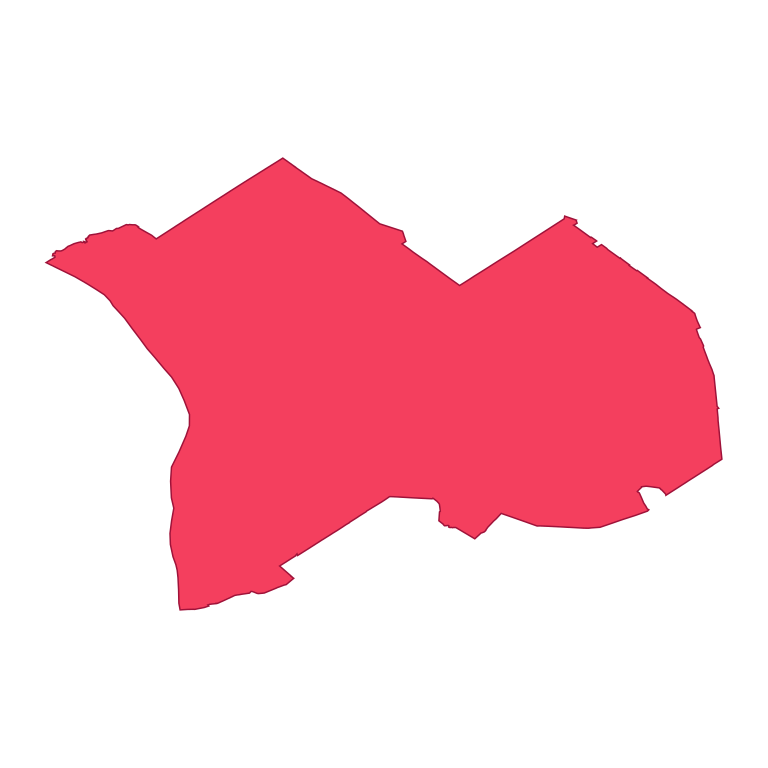 Nīcgales pag., Daugavpils, Latvia (Equal Earth projection)
{"feature_id": "27541924B22704913663351", "entity_name": "Nīcgales pag.", "entity_type": "district", "adm_level": 2, "iso_a3": "LVA", "parent_name": "Latvia", "parent_adm1": "Daugavpils", "projection": "equal_earth", "projection_center": [26.391, 56.15], "detail": "fine", "context": "isolated", "style": "filled", "palette": "rose", "viewbox_px": 768, "rotation_deg": 0, "n_neighbors": 0, "source": "geoboundaries", "source_scale": "gbopen_adm2", "svg_char_len": 5844}
<svg xmlns="http://www.w3.org/2000/svg" viewBox="0 0 768 768"><path d="M721.9,459.2L721.4,454.4L720.7,448.0L719.7,437.2L719.0,429.7L718.5,424.9L718.3,422.5L718.1,421.2L718.0,417.7L717.2,409.3L717.2,409.1L717.3,408.8L718.7,408.3L717.1,406.3L714.1,376.9L714.1,376.6L714.1,376.3L714.0,375.5L713.5,374.2L712.5,371.2L712.1,369.9L712.0,369.6L711.0,367.3L709.3,363.4L708.5,361.3L707.9,359.9L706.5,356.0L705.0,352.1L703.2,347.2L703.6,346.0L703.6,345.9L700.5,339.0L700.0,338.5L699.2,337.5L698.8,336.3L698.1,334.4L696.4,329.5L696.4,329.3L696.6,329.1L700.3,327.6L700.1,327.3L697.2,320.9L696.0,317.5L695.6,316.3L695.0,314.4L694.8,313.6L694.5,313.2L693.1,312.2L691.9,311.3L692.2,311.1L691.7,310.7L687.8,307.7L676.4,299.2L667.8,293.5L661.0,288.4L657.5,285.6L656.3,284.6L647.2,278.1L647.6,277.9L637.3,270.4L636.6,270.7L629.1,265.5L629.6,265.0L621.0,258.6L620.5,258.0L620.4,257.9L619.9,258.3L618.1,257.0L616.1,255.6L613.9,254.0L607.9,249.7L606.5,248.2L601.5,244.6L597.2,247.2L592.6,243.6L596.7,241.0L596.1,240.5L591.3,237.2L591.0,237.1L590.6,237.5L579.9,229.7L573.6,225.2L574.1,225.0L577.1,223.2L576.1,220.3L576.3,220.1L568.4,217.4L564.7,216.1L564.3,218.3L564.2,218.8L546.7,230.1L542.8,232.6L531.1,240.1L514.4,250.9L497.9,261.2L485.2,269.3L479.3,273.0L474.3,276.1L469.0,279.6L459.6,285.5L449.8,278.5L440.1,271.4L429.5,263.6L426.9,261.6L422.4,258.6L413.4,252.3L409.2,249.1L402.0,243.9L405.9,241.4L403.8,235.3L403.3,233.5L402.4,231.2L391.4,227.6L379.7,223.8L373.6,218.9L368.9,215.1L357.9,206.2L353.3,202.6L348.7,198.9L341.0,193.0L325.3,185.3L321.7,183.5L311.6,178.7L301.6,171.6L295.6,167.4L295.8,167.4L295.4,167.0L295.2,167.0L282.8,158.1L268.9,166.8L250.2,178.5L245.1,181.7L230.9,190.7L229.1,191.9L214.9,201.0L197.8,212.0L191.1,216.3L185.8,219.7L179.7,223.7L175.6,226.3L174.6,227.0L156.2,238.9L153.3,236.6L151.7,235.3L150.5,234.6L148.5,233.5L146.5,232.4L143.7,230.8L142.1,229.9L140.0,228.7L138.8,227.8L138.3,227.5L137.9,226.9L137.4,226.1L137.2,226.0L137.3,226.0L136.8,225.7L136.3,225.3L135.6,225.0L135.0,224.8L134.3,224.8L133.6,224.8L132.6,224.8L131.4,224.7L130.2,224.6L129.6,224.5L128.6,224.8L127.9,224.9L126.7,224.6L126.4,224.6L125.7,224.9L118.5,228.3L118.2,228.4L117.0,228.4L116.7,228.4L116.4,228.5L113.5,230.4L112.6,230.9L112.4,230.9L112.0,230.9L109.1,230.6L108.3,230.6L106.2,231.3L101.6,232.9L101.4,233.0L101.1,233.0L96.1,234.1L93.6,234.4L92.4,234.6L90.7,234.9L89.9,235.0L89.6,235.1L89.2,235.6L88.8,235.9L88.6,236.1L88.7,236.3L88.4,236.7L88.3,236.9L88.0,237.0L87.9,237.1L88.0,237.3L87.9,237.6L87.8,237.8L87.1,238.0L86.8,238.4L86.3,238.4L86.2,238.6L86.4,238.9L86.2,239.0L85.9,239.0L86.0,239.2L85.7,239.5L85.7,239.8L85.9,239.9L86.1,240.0L86.5,240.5L86.5,240.8L86.9,241.6L87.1,241.7L87.1,241.8L86.9,241.9L86.7,241.9L86.1,242.0L85.9,242.0L85.8,242.6L85.6,242.8L85.3,242.8L85.1,242.8L84.8,242.8L84.6,242.8L84.4,242.6L84.5,242.3L84.5,242.2L84.9,241.9L84.6,241.7L84.4,241.7L84.1,241.6L84.2,241.8L84.0,242.0L83.8,242.1L83.2,242.2L82.8,242.3L82.6,242.4L82.2,242.6L81.8,242.3L81.6,242.3L81.0,241.9L80.7,241.9L80.6,242.0L80.1,242.1L78.6,242.4L78.2,242.5L76.8,242.9L74.0,243.7L70.2,245.5L68.1,246.3L66.0,248.0L64.9,249.0L63.0,250.1L61.8,250.7L61.0,250.9L60.2,251.0L57.8,250.9L56.7,250.7L55.4,251.5L55.3,253.0L54.4,253.1L53.0,253.7L52.5,255.8L53.2,255.9L54.1,255.7L54.8,255.9L55.0,257.2L53.8,258.0L52.1,259.0L51.0,259.5L46.1,262.6L57.1,268.0L70.4,274.5L75.1,276.8L87.3,283.9L96.3,289.5L104.3,294.7L110.1,300.8L113.1,305.7L118.4,311.4L124.6,318.2L132.5,329.0L139.9,338.7L147.3,348.8L154.7,357.3L164.1,368.6L171.6,377.1L178.8,388.4L184.2,400.5L189.5,414.5L189.4,425.9L185.9,436.2L179.0,452.0L171.5,467.1L170.6,481.2L171.4,497.8L173.8,508.2L171.6,520.7L170.0,533.4L170.4,544.5L173.0,556.7L175.9,564.7L177.2,570.3L178.0,577.7L178.2,581.9L178.6,589.9L178.9,603.3L180.1,609.9L187.7,609.4L193.1,609.3L194.2,609.3L194.6,609.4L204.3,607.5L208.8,606.0L208.3,605.3L208.0,605.0L207.9,604.9L209.7,604.3L212.1,604.0L216.2,603.6L216.1,603.4L217.5,603.3L218.6,602.9L220.5,602.0L222.4,601.2L225.0,600.0L234.8,595.4L235.3,595.3L235.9,595.2L236.3,595.1L237.5,594.9L239.3,594.7L241.9,594.2L245.5,593.7L249.5,593.1L251.0,591.4L252.6,591.6L254.2,592.2L257.1,593.4L258.5,593.6L261.4,593.3L261.7,593.3L264.4,593.0L264.6,592.9L276.3,588.1L277.5,587.5L279.3,586.9L284.1,585.1L286.2,584.6L293.7,578.3L293.4,578.1L291.3,576.5L291.5,576.4L279.6,566.0L291.2,558.6L295.5,555.9L295.4,555.8L297.0,553.9L297.6,555.5L299.7,554.2L311.2,546.9L322.4,539.7L322.5,539.7L333.4,532.8L337.0,530.6L342.4,527.1L345.8,524.8L347.5,523.8L349.5,522.6L349.7,522.2L357.9,517.0L358.4,516.6L366.2,511.7L366.7,511.0L370.9,508.5L371.2,508.3L371.5,508.1L381.6,502.0L385.4,499.5L388.0,497.7L389.6,496.6L393.0,496.7L397.1,496.9L412.5,497.8L432.3,498.8L432.9,498.2L433.2,498.4L434.7,499.5L436.1,500.6L436.9,501.2L437.8,502.2L438.9,503.4L439.4,504.3L440.0,508.4L440.3,511.3L439.5,511.9L438.9,520.8L443.2,524.2L443.3,524.5L444.1,525.4L444.4,525.7L444.9,525.8L445.3,525.7L446.2,525.7L447.1,525.5L447.9,525.5L448.4,525.5L448.8,525.7L448.9,526.0L448.7,527.0L448.9,527.1L449.3,527.4L450.1,527.5L450.7,527.5L451.6,527.4L452.4,527.7L453.4,527.5L455.8,527.5L474.8,538.8L481.1,533.0L482.0,532.8L484.3,531.9L485.8,530.5L485.7,530.2L487.8,527.2L490.9,524.0L493.6,521.1L496.2,518.8L501.2,513.4L512.5,517.3L525.6,521.9L537.1,526.0L539.8,525.9L549.4,526.3L561.4,526.9L568.6,527.3L569.1,527.3L583.4,528.1L587.4,528.2L588.7,528.2L591.2,527.9L598.4,527.4L598.5,527.4L599.9,527.3L600.3,527.2L613.2,522.8L622.1,519.7L623.0,519.4L635.4,515.4L644.7,512.1L647.5,511.1L648.8,509.8L647.3,508.9L645.7,506.0L643.7,503.0L641.6,498.0L639.3,492.9L637.5,491.8L637.3,491.4L642.1,486.8L642.0,486.7L646.2,486.2L650.6,486.7L659.3,487.9L660.1,488.4L660.0,488.5L661.3,489.8L661.6,489.8L665.1,493.5L665.5,494.0L665.8,494.3L665.8,494.6L665.9,495.3L678.1,487.5L689.5,480.1L712.5,465.4L713.5,464.5L721.9,459.2Z" fill="#f43f5e" stroke="#9f1239" stroke-width="1.5"/></svg>